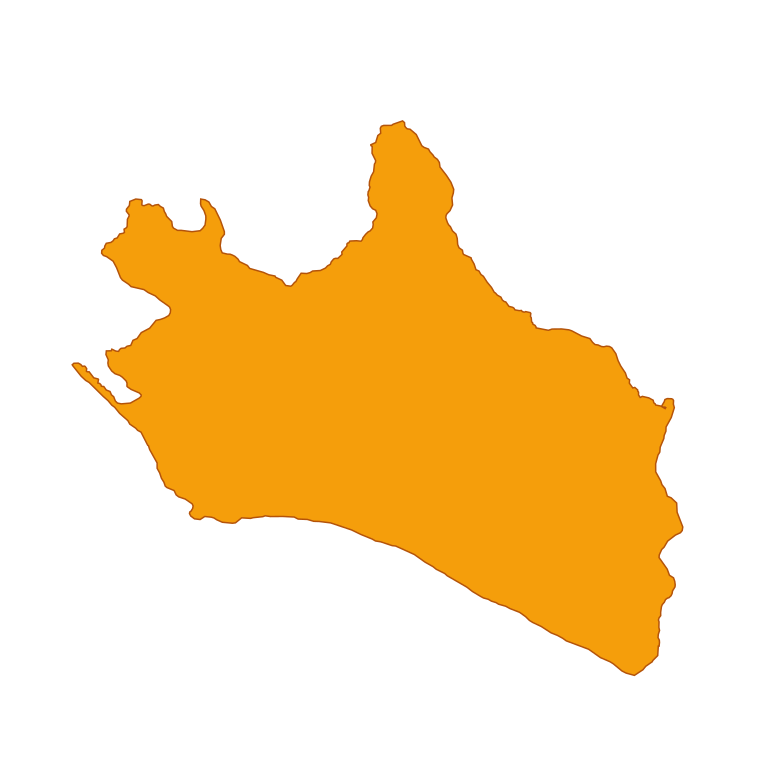 Puerto Jimenez, Puntarenas, Costa Rica (Albers equal-area conic projection), rotated 6°
{"feature_id": "36466004B12090025276311", "entity_name": "Puerto Jimenez", "entity_type": "district", "adm_level": 2, "iso_a3": "CRI", "parent_name": "Costa Rica", "parent_adm1": "Puntarenas", "projection": "albers", "projection_center": [-83.47, 8.533], "detail": "fine", "context": "isolated", "style": "filled", "palette": "amber", "viewbox_px": 768, "rotation_deg": 6, "n_neighbors": 0, "source": "geoboundaries", "source_scale": "gbopen_adm2", "svg_char_len": 6128}
<svg xmlns="http://www.w3.org/2000/svg" viewBox="0 0 768 768"><g transform="rotate(6 384 384)"><path d="M73.4,395.8L71.9,397.5L72.8,398.6L82.0,407.9L86.9,411.6L90.6,413.3L106.2,425.8L111.3,429.4L115.5,433.5L118.6,435.3L124.2,440.9L133.1,447.2L135.4,450.5L141.7,453.9L143.8,455.8L147.4,457.3L155.4,469.6L156.2,470.0L157.8,473.7L166.6,486.2L167.2,491.6L170.2,495.9L172.5,501.0L175.4,504.7L177.1,508.4L179.0,509.7L186.4,511.9L188.9,516.0L191.6,517.7L198.3,519.2L205.7,523.2L206.9,525.2L206.7,527.8L205.3,530.7L204.2,531.6L204.1,533.2L205.6,535.5L209.6,537.9L215.3,538.0L219.6,534.5L226.2,534.5L228.9,535.0L231.8,536.5L237.7,538.4L247.9,538.3L250.8,537.6L256.4,532.0L265.3,531.6L268.0,530.6L277.4,528.6L279.6,527.5L284.9,527.7L297.2,526.3L308.6,525.7L312.7,527.3L321.9,526.7L328.5,527.9L333.9,527.5L345.3,527.7L366.9,532.5L376.9,536.1L388.6,539.5L391.9,541.0L397.2,541.3L409.0,543.9L412.5,543.9L432.0,550.4L443.5,556.9L452.0,560.6L455.3,562.8L464.2,566.1L466.9,568.1L487.5,577.3L493.6,581.1L502.4,585.2L505.3,586.4L510.2,587.2L513.5,588.7L518.3,589.7L520.9,591.0L528.3,592.3L532.8,594.2L542.7,596.9L549.2,600.6L553.3,603.9L556.8,605.6L565.7,608.7L576.1,614.0L582.8,615.9L588.3,618.2L592.1,620.4L615.2,626.4L627.9,633.5L637.8,636.6L641.3,638.3L650.6,644.5L655.0,646.2L663.5,647.6L671.4,641.1L673.8,637.4L679.9,632.1L680.1,631.1L684.6,625.5L684.2,616.0L685.0,615.9L685.0,612.3L684.6,610.0L683.0,607.5L683.0,604.2L683.8,600.3L682.8,597.3L682.4,591.8L681.6,590.0L682.0,587.8L683.4,585.5L683.0,582.1L683.2,576.5L683.8,574.3L685.6,571.7L686.5,569.0L688.3,567.3L689.7,566.8L691.6,564.6L692.4,562.4L692.6,559.6L694.6,555.4L694.6,553.3L693.8,549.9L692.2,546.5L687.9,544.4L685.0,538.5L675.7,527.9L675.6,525.3L677.5,519.5L679.6,517.0L682.5,510.6L689.6,503.8L694.4,500.9L695.9,498.6L696.1,495.0L688.9,480.9L687.5,471.8L681.5,467.2L677.5,466.0L674.4,458.6L670.9,455.0L669.3,451.4L663.4,443.0L662.5,434.9L663.9,426.1L665.4,422.9L665.3,417.9L668.0,409.0L668.0,405.9L669.3,401.5L669.0,397.3L673.2,387.3L675.2,377.2L673.9,373.8L673.7,370.2L672.9,369.1L671.6,368.6L667.2,368.9L665.0,370.1L664.5,372.4L662.5,376.8L663.5,377.8L665.9,377.6L666.7,378.0L666.2,379.1L661.6,377.0L656.4,376.5L655.7,375.3L654.3,374.5L653.4,372.0L648.8,370.1L642.2,369.3L640.2,370.6L638.3,368.3L638.0,365.5L637.1,364.6L636.9,363.4L633.8,361.2L631.8,361.9L627.9,357.5L627.8,354.2L625.1,352.7L622.9,347.8L617.5,341.3L614.3,336.2L611.4,329.6L606.7,324.2L604.2,323.1L601.3,323.1L598.8,324.0L596.4,324.0L592.8,322.8L589.7,322.7L587.0,320.7L584.0,317.3L575.5,315.6L565.2,311.5L562.2,310.8L554.9,310.7L545.4,311.8L541.9,313.4L529.4,312.3L529.2,311.3L528.2,310.0L525.8,308.9L525.3,307.4L524.3,306.8L523.5,302.7L522.6,301.5L522.6,298.4L521.8,297.7L517.3,297.2L516.4,297.8L515.4,297.8L513.9,297.5L513.0,296.5L510.8,296.9L506.5,296.6L505.3,295.0L504.0,294.3L500.1,293.7L496.6,289.7L494.7,289.3L492.9,288.1L491.2,285.4L487.4,283.8L485.4,281.9L484.1,281.3L480.8,276.7L475.9,271.9L471.6,266.5L469.0,265.0L466.6,261.7L463.5,260.7L461.1,255.3L457.9,250.8L457.4,249.4L449.7,246.9L448.9,245.9L448.0,242.7L444.4,240.7L442.7,237.6L441.6,231.5L439.9,227.4L436.1,224.6L433.6,220.6L431.5,218.8L430.2,216.8L428.1,212.3L428.1,209.9L428.8,208.1L431.5,204.7L433.5,198.8L432.1,191.8L433.0,186.8L433.0,183.1L429.5,176.4L424.3,170.0L417.0,162.4L415.9,157.9L413.6,155.0L410.2,153.0L408.8,151.2L405.4,148.2L403.7,145.7L399.1,144.5L396.7,143.1L390.0,132.5L383.3,127.9L380.4,127.8L378.7,126.5L377.7,125.3L377.1,121.9L375.0,120.4L365.9,124.7L364.5,126.0L356.6,126.9L354.4,128.0L353.6,130.0L354.5,135.0L351.9,137.5L350.5,144.7L345.9,147.4L346.1,148.3L347.4,148.9L348.0,155.8L352.3,162.6L352.3,164.6L351.5,166.3L351.5,174.0L349.5,178.7L348.4,184.5L348.6,188.1L349.5,189.7L348.8,193.3L348.2,194.3L348.2,197.6L349.2,200.0L349.2,203.3L351.6,208.3L354.3,210.9L357.6,212.1L359.3,215.4L359.0,219.5L356.0,224.0L356.6,226.6L356.4,230.1L354.2,233.2L352.3,234.4L350.1,237.0L347.8,240.7L347.4,242.7L346.2,244.4L341.7,244.4L335.1,245.4L334.2,247.3L333.0,247.7L332.5,248.6L332.7,250.6L328.2,257.1L328.7,259.5L325.0,263.9L322.5,264.1L320.9,264.9L318.8,268.0L318.1,270.6L315.5,272.4L313.7,274.8L308.8,277.8L301.2,279.1L298.9,280.9L295.7,282.2L290.0,282.5L286.8,288.4L285.6,291.4L284.4,292.3L282.3,295.5L281.0,296.5L275.9,296.3L271.5,291.4L265.1,289.2L264.3,288.0L258.0,287.4L252.4,285.6L238.3,283.1L235.8,280.4L227.5,277.4L225.7,275.0L222.3,272.6L219.7,271.6L217.4,271.0L214.6,271.2L209.4,270.5L207.6,267.3L206.6,263.4L206.9,256.2L209.6,251.8L209.3,249.1L204.1,238.1L197.4,227.4L193.8,225.5L190.8,221.3L186.8,219.5L182.4,219.2L182.7,223.9L183.5,226.2L186.8,230.3L189.2,235.4L189.6,238.6L189.4,244.6L187.5,248.0L185.1,250.8L177.1,252.6L166.3,252.4L162.7,252.8L158.4,251.0L157.1,249.4L155.9,244.6L150.3,240.0L149.2,237.7L147.5,235.4L146.2,232.1L143.1,230.8L140.8,229.1L137.4,230.0L135.7,231.1L134.5,231.1L132.3,229.7L130.7,229.7L126.9,231.7L125.3,231.7L124.4,231.1L124.3,227.1L123.5,226.0L117.8,226.0L112.1,229.0L112.1,233.1L109.6,237.1L109.7,239.1L112.8,242.4L112.9,243.7L111.6,247.0L112.1,254.4L111.2,255.8L109.3,257.2L110.0,260.4L108.9,261.3L105.4,262.4L103.4,266.6L100.7,267.8L99.7,269.8L97.7,271.7L93.1,273.1L91.9,276.0L91.8,278.1L89.4,280.5L89.5,283.5L91.5,285.5L94.8,286.3L101.8,290.2L105.9,296.3L110.8,305.7L113.0,308.0L119.6,311.5L122.3,313.6L135.4,315.2L139.9,317.7L147.4,320.3L152.0,323.7L161.6,329.1L162.8,330.0L164.0,332.3L164.0,335.6L162.8,338.4L158.9,341.2L154.8,343.2L150.7,344.5L145.1,353.0L137.2,358.3L133.7,364.6L129.8,366.8L128.1,372.1L124.5,373.3L122.5,375.3L118.8,376.0L117.4,377.4L116.6,379.3L113.8,379.3L109.7,377.8L109.2,379.5L104.4,380.1L104.4,383.8L107.3,388.8L107.2,392.0L108.0,394.9L111.8,399.5L115.4,401.9L120.4,403.1L123.1,404.6L127.2,407.9L128.3,409.9L128.6,413.1L129.2,413.7L133.0,415.8L141.6,418.5L143.7,420.3L143.6,421.8L141.9,423.7L133.7,429.5L124.8,431.2L120.9,430.8L118.6,429.0L116.5,424.9L114.1,423.3L112.3,420.1L108.4,419.0L105.6,415.8L103.2,415.8L102.6,414.4L101.2,413.2L99.3,412.9L99.6,409.4L99.2,408.9L94.7,408.2L89.5,402.7L87.6,402.9L86.7,402.4L86.7,399.8L85.0,397.8L84.1,397.5L82.2,398.0L80.4,396.3L77.8,395.2L73.4,395.8Z" fill="#f59e0b" stroke="#b45309" stroke-width="1.5"/></g></svg>